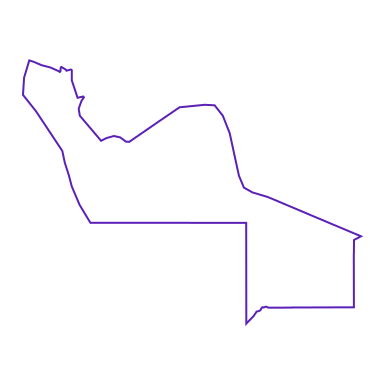 outline of Al Dibab, South Kordufan, Sudan
{"feature_id": "16777658B84287593257313", "entity_name": "Al Dibab", "entity_type": "district", "adm_level": 2, "iso_a3": "SDN", "parent_name": "Sudan", "parent_adm1": "South Kordufan", "projection": "orthographic", "projection_center": [28.672, 10.319], "detail": "fine", "context": "isolated", "style": "outline", "palette": "violet", "viewbox_px": 384, "rotation_deg": 0, "n_neighbors": 0, "source": "geoboundaries", "source_scale": "gbopen_adm2", "svg_char_len": 1167}
<svg xmlns="http://www.w3.org/2000/svg" viewBox="0 0 384 384"><path d="M62.3,150.9L64.8,162.7L68.9,175.5L71.8,186.5L79.6,204.9L90.4,222.8L118.2,222.8L150.1,222.8L166.3,222.8L237.1,222.9L246.2,222.9L246.2,225.6L246.3,313.6L246.3,321.4L246.3,323.6L248.1,321.7L250.5,319.3L251.0,318.8L253.8,315.9L254.8,314.2L255.5,313.4L256.1,312.3L256.6,311.6L257.9,311.3L258.8,311.1L260.3,310.3L261.3,308.5L262.0,307.5L262.8,307.2L263.5,307.5L264.3,307.2L265.2,306.9L266.0,306.7L266.8,306.9L267.8,307.5L268.5,307.6L269.7,307.7L292.2,307.6L292.3,307.5L353.9,307.3L353.8,255.9L353.8,254.0L353.9,253.5L354.0,240.5L354.0,240.0L354.3,239.8L361.0,236.3L312.3,215.8L268.0,197.1L252.4,192.4L243.9,187.6L238.9,175.6L229.7,133.2L222.8,115.7L214.6,105.3L204.7,104.8L179.5,107.3L174.0,111.1L159.3,121.1L129.3,141.8L126.1,141.7L120.2,137.4L113.8,136.0L106.4,138.1L101.1,140.8L79.8,115.7L78.7,108.7L80.6,103.3L81.5,100.9L83.9,97.3L83.1,96.5L77.6,97.8L71.8,80.4L71.8,70.2L70.9,69.5L66.5,70.7L65.8,69.6L61.4,67.0L60.8,67.4L60.6,68.9L60.4,71.5L59.7,72.0L58.8,71.2L50.2,67.4L41.6,65.2L33.6,61.8L29.3,60.4L24.1,77.6L23.0,94.9L35.9,111.1L62.3,150.9Z" fill="none" stroke="#5b21b6" stroke-width="2"/></svg>